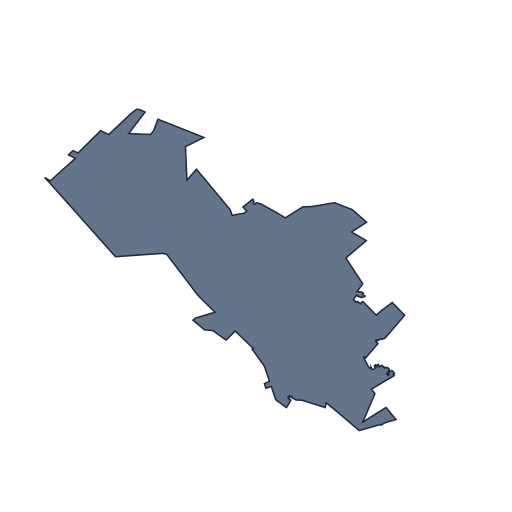 outline of Matehuala, San Luis Potosí, Mexico, rotated 130°
{"feature_id": "50627088B37134709492679", "entity_name": "Matehuala", "entity_type": "district", "adm_level": 2, "iso_a3": "MEX", "parent_name": "Mexico", "parent_adm1": "San Luis Potosí", "projection": "natural_earth1", "projection_center": [-100.598, 23.522], "detail": "fine", "context": "isolated", "style": "filled", "palette": "slate", "viewbox_px": 512, "rotation_deg": 130, "n_neighbors": 0, "source": "geoboundaries", "source_scale": "gbopen_adm2", "svg_char_len": 5265}
<svg xmlns="http://www.w3.org/2000/svg" viewBox="0 0 512 512"><g transform="rotate(130 256 256)"><path d="M305.5,51.7L300.3,49.7L291.3,43.6L289.9,51.1L290.3,51.3L290.0,52.0L289.5,53.1L289.4,53.5L288.4,59.0L292.9,60.5L293.6,60.7L294.1,60.9L295.6,61.4L295.9,61.5L298.0,62.1L298.4,62.3L314.5,67.4L285.0,76.4L283.9,82.0L258.7,73.2L258.6,73.7L258.4,74.7L258.4,74.8L256.9,74.4L256.5,76.2L256.3,77.5L256.6,77.7L256.6,78.5L256.8,78.5L257.6,78.7L259.1,79.2L260.6,79.6L260.8,79.0L261.5,79.4L262.1,78.4L261.0,77.7L262.6,78.0L262.1,80.0L260.7,79.6L260.4,80.6L259.0,80.0L258.9,80.1L258.1,80.3L258.0,80.8L257.2,80.8L257.0,82.3L257.2,82.8L256.8,83.6L257.4,83.9L258.0,84.6L258.0,85.0L258.9,85.3L258.6,86.2L259.3,86.6L259.1,87.4L258.3,87.2L259.1,87.5L258.7,89.3L259.6,89.7L261.7,90.2L260.7,92.0L260.4,92.5L261.9,92.5L261.2,92.7L261.7,93.3L262.8,92.6L262.6,94.5L264.0,94.8L264.3,93.0L265.4,93.3L265.6,92.7L267.0,92.9L267.1,93.0L267.3,93.1L267.8,93.5L268.0,94.0L267.9,94.9L267.5,95.7L267.4,95.8L267.0,96.7L267.4,96.4L268.4,95.9L268.7,96.9L268.7,97.0L268.6,98.5L267.8,100.6L267.4,101.5L267.1,102.0L266.2,104.5L265.5,106.2L265.1,107.1L265.0,106.7L264.5,106.7L264.4,107.1L264.7,107.1L264.7,107.4L264.8,107.4L264.9,107.5L264.3,109.0L264.3,107.9L263.3,107.9L263.4,106.5L248.3,106.3L247.6,106.3L247.1,106.3L246.0,106.3L245.2,106.2L244.8,106.2L244.5,109.1L244.4,109.9L243.3,109.9L243.4,109.5L243.4,109.1L243.2,109.1L242.6,109.1L242.7,108.3L242.3,108.3L241.2,108.3L241.2,108.0L241.2,107.8L240.7,107.8L240.1,107.8L239.6,107.4L239.6,106.6L239.2,106.6L238.7,106.6L238.6,105.9L236.3,104.4L235.8,104.4L234.7,104.3L224.4,104.2L224.2,104.2L205.9,104.0L204.9,112.8L204.8,114.0L204.7,114.7L204.5,116.5L204.1,121.8L206.0,122.2L207.0,122.4L208.2,122.7L211.7,123.6L212.3,123.7L213.4,124.0L213.5,124.0L215.9,124.6L224.0,125.9L222.5,141.3L222.2,143.9L222.5,145.1L225.3,145.4L225.6,149.0L225.9,149.0L226.8,149.7L226.5,149.7L226.9,150.9L227.0,152.1L226.9,153.2L226.3,153.3L221.5,153.8L221.5,153.3L221.4,152.5L221.3,151.5L220.9,151.6L220.7,150.6L220.6,150.1L220.5,149.4L220.0,149.3L219.8,148.2L217.7,147.0L216.6,146.6L216.7,147.0L216.8,147.3L216.9,147.7L216.8,147.8L216.9,148.0L217.0,148.1L217.1,148.4L217.1,148.5L217.0,148.9L216.9,148.8L216.8,149.0L216.8,149.4L216.8,149.7L216.6,149.8L216.4,149.9L216.3,150.0L216.1,150.0L215.9,150.0L215.7,150.0L215.5,149.9L215.5,151.1L215.9,152.1L216.0,152.2L216.0,152.5L216.3,152.8L216.4,153.1L216.8,153.7L216.9,153.8L217.2,154.2L217.4,154.5L217.5,154.8L217.8,155.2L217.9,155.3L218.1,155.5L218.3,155.6L215.1,155.9L212.9,156.1L210.5,156.2L208.6,156.4L208.2,157.8L204.7,169.5L204.5,170.1L204.4,170.3L204.2,170.9L204.1,171.3L203.9,172.1L203.7,172.6L203.6,173.1L203.4,173.7L202.3,177.4L199.8,185.9L173.3,181.4L176.2,198.2L159.0,193.0L158.6,212.1L164.8,230.2L181.2,244.1L184.8,247.7L185.0,248.2L185.9,249.1L186.9,250.2L187.6,250.8L188.0,251.2L188.0,251.5L188.4,251.9L188.5,252.0L188.7,251.9L189.3,252.1L189.5,252.2L189.8,252.2L208.0,258.1L209.3,266.8L210.0,270.7L213.0,285.9L213.9,287.7L214.4,288.8L214.9,289.9L216.3,290.1L217.5,290.3L217.4,291.0L217.0,292.4L215.7,292.3L215.4,293.5L214.7,293.9L214.6,295.0L214.8,295.1L215.8,295.3L216.4,295.4L217.2,295.6L217.8,295.7L219.0,295.9L219.5,296.0L220.5,296.2L222.1,296.5L224.9,297.1L225.7,297.2L226.9,297.5L227.0,296.2L227.5,292.5L227.5,292.0L228.4,292.1L230.7,292.5L237.6,298.3L240.2,300.3L239.4,301.7L237.1,305.6L228.4,353.9L227.8,357.4L237.1,357.6L237.9,357.6L238.2,357.6L242.3,357.7L217.6,380.3L198.7,372.1L199.7,375.1L199.8,375.6L214.3,419.1L225.6,415.0L230.7,414.9L244.0,432.2L243.7,432.2L241.2,432.3L235.7,432.6L229.5,432.9L217.0,433.5L218.6,439.3L220.4,441.8L225.7,443.0L227.6,443.3L228.2,443.4L231.6,443.8L237.4,444.5L251.2,446.1L251.3,446.1L254.7,446.5L257.6,446.9L259.8,455.6L291.5,458.5L292.8,463.8L294.1,464.1L296.2,464.3L298.0,464.6L299.1,464.7L297.3,457.2L324.5,461.0L330.7,461.8L331.6,468.4L337.0,430.9L340.1,409.7L344.9,376.8L345.0,376.4L346.9,363.2L314.0,329.2L312.1,325.5L323.5,275.1L324.6,261.8L325.4,251.3L342.6,262.6L345.7,263.0L345.7,259.1L345.7,257.4L345.7,248.1L340.8,240.9L340.7,238.8L340.7,238.7L340.2,232.2L339.9,227.4L339.8,227.2L339.8,226.8L339.8,226.4L339.8,226.1L339.7,226.1L339.7,225.8L339.7,225.5L339.7,225.4L339.7,224.9L326.9,223.6L327.3,217.1L328.6,198.4L329.8,199.1L335.1,178.6L338.0,173.9L339.2,171.9L339.5,171.4L339.9,170.7L340.2,170.2L340.8,169.3L341.2,168.6L341.7,167.8L341.9,167.4L342.1,167.0L342.4,166.6L342.8,166.0L343.2,165.2L343.9,165.5L348.4,167.5L349.3,166.0L349.6,165.6L350.0,165.0L350.0,164.9L350.5,164.1L350.7,163.7L350.8,163.7L351.0,163.3L346.1,160.4L348.3,156.9L351.5,151.6L352.2,150.5L353.4,148.5L353.0,142.4L352.6,135.3L350.4,135.5L349.2,135.7L346.6,136.0L346.2,136.1L345.9,136.2L344.0,136.6L344.3,137.8L344.6,138.5L344.2,138.7L343.9,138.8L343.7,138.8L343.9,139.6L344.1,140.4L343.6,140.5L343.4,140.8L342.9,140.7L342.6,140.7L342.5,139.9L342.5,139.6L342.5,139.3L342.4,139.2L342.1,139.4L341.9,139.6L341.7,139.9L341.7,140.3L341.8,140.5L341.4,140.5L341.3,140.3L341.2,140.0L341.1,139.8L340.8,138.8L340.5,138.0L341.0,137.8L341.5,137.5L341.5,137.3L341.3,136.4L340.6,133.1L340.6,132.8L337.0,128.2L327.6,105.5L325.5,106.7L323.4,107.8L323.3,105.4L323.3,104.1L323.3,103.6L323.2,95.2L323.2,88.0L323.4,64.7L305.4,52.6L305.5,51.7Z" fill="#64748b" stroke="#1e293b" stroke-width="1.5"/></g></svg>